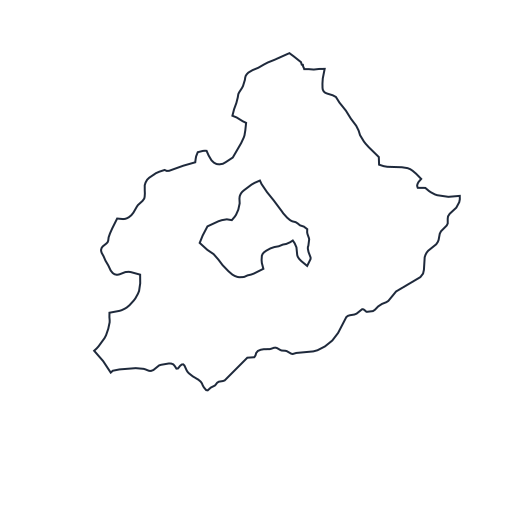 Selenge, Mercator projection, rotated 134°
{"feature_id": "MNG-3326", "entity_name": "Selenge", "entity_type": "Province", "adm_level": 1, "iso_a3": "MNG", "parent_name": "Mongolia", "parent_adm1": "", "projection": "mercator", "projection_center": [106.313, 49.491], "detail": "fine", "context": "isolated", "style": "outline", "palette": "slate", "viewbox_px": 512, "rotation_deg": 134, "n_neighbors": 0, "source": "natural_earth", "source_scale": "10m", "svg_char_len": 4311}
<svg xmlns="http://www.w3.org/2000/svg" viewBox="0 0 512 512"><g transform="rotate(134 256 256)"><path d="M157.0,123.1L184.2,130.6L196.4,129.6L198.8,130.2L203.0,132.1L207.4,133.1L212.1,133.1L214.4,133.6L219.2,137.5L219.5,138.4L219.5,139.7L219.6,141.0L220.0,142.1L220.6,142.7L227.6,143.6L229.8,144.6L233.4,147.3L235.2,148.3L237.2,148.6L254.3,143.5L263.8,142.4L273.2,143.6L281.1,146.3L284.8,148.5L297.8,159.7L301.0,161.5L301.8,162.8L303.1,167.9L303.9,169.2L305.6,171.2L306.3,172.1L306.8,173.5L307.6,176.8L308.3,178.2L309.5,179.3L312.1,180.6L313.4,181.4L317.7,185.7L320.2,187.5L323.0,188.7L325.6,188.5L327.9,187.3L330.0,186.9L335.2,191.6L367.2,192.1L368.5,192.7L369.0,193.0L372.2,195.4L374.1,195.9L376.8,195.6L377.8,195.6L382.0,197.1L386.2,197.4L387.1,198.7L386.7,202.3L386.0,204.6L385.2,206.4L384.8,208.5L385.0,211.4L386.5,217.9L387.0,222.9L386.9,224.6L386.5,226.3L384.5,231.4L384.5,233.1L385.6,234.0L387.6,234.3L391.1,234.0L392.3,235.0L391.6,238.0L391.4,240.2L392.3,242.3L393.8,244.0L400.2,248.7L402.0,249.7L409.3,250.6L411.6,251.7L412.8,253.0L413.6,254.8L414.3,256.6L415.2,258.4L420.2,264.6L432.4,275.4L438.0,279.3L440.8,279.5L437.8,292.9L436.6,306.6L433.2,306.4L430.4,306.5L420.3,307.9L417.2,308.8L411.0,311.7L405.4,315.2L404.0,316.5L401.8,319.0L398.6,322.0L390.3,316.1L388.3,315.0L385.1,313.8L382.9,313.2L379.3,312.8L372.9,313.0L370.4,313.3L365.2,314.7L362.4,315.8L356.1,320.3L349.9,326.4L354.5,334.8L355.8,336.6L358.3,338.8L363.9,341.4L365.6,342.5L366.3,343.2L367.4,345.1L367.8,347.2L367.4,350.4L365.4,355.7L363.9,361.1L362.1,365.4L360.9,369.3L359.9,371.0L359.1,371.8L357.3,372.7L355.5,372.9L350.9,372.3L349.2,372.3L347.6,373.0L344.9,375.0L341.2,376.7L336.0,378.6L325.5,381.9L321.8,377.3L320.3,376.0L318.6,375.1L316.5,374.4L313.3,374.0L310.0,374.3L303.2,376.0L301.4,376.3L295.2,375.9L292.3,376.3L290.8,377.2L288.3,379.3L286.0,381.7L282.4,385.2L279.8,386.5L276.7,387.3L273.9,387.2L265.9,385.5L262.5,384.1L257.6,381.5L256.8,379.3L255.1,377.7L241.5,371.0L230.8,364.8L228.0,366.9L225.9,368.3L221.8,370.0L217.3,367.2L215.7,365.8L214.7,364.6L216.6,359.9L218.1,354.5L218.1,351.2L217.5,349.0L217.0,347.9L215.5,346.0L212.7,343.9L209.7,343.0L201.3,341.1L185.1,345.1L179.3,347.1L177.2,348.1L173.0,351.0L167.1,355.6L168.3,359.2L169.8,366.2L171.5,370.4L165.7,373.7L159.6,376.4L154.7,379.2L151.8,381.2L150.0,381.8L144.9,382.8L142.8,383.4L137.1,386.3L135.0,387.8L133.4,388.6L131.5,388.9L129.4,388.9L124.7,387.6L119.0,385.1L112.7,383.3L108.5,381.9L102.3,379.1L86.9,372.9L86.2,367.7L85.3,358.3L86.6,356.0L85.9,355.1L86.9,353.8L87.6,352.0L88.1,351.1L84.8,347.7L81.8,344.0L77.7,340.6L73.7,336.6L81.9,331.3L85.9,327.9L88.8,325.0L89.9,323.6L90.6,321.6L90.5,319.6L89.7,317.6L87.1,312.5L86.1,309.0L87.7,302.5L89.0,292.3L91.3,283.2L92.7,274.4L94.5,269.3L96.8,265.1L98.7,257.9L99.1,255.0L99.4,250.5L99.5,236.4L104.8,230.9L102.7,226.6L100.6,223.5L90.8,212.7L87.5,208.0L86.4,205.3L85.9,202.5L85.6,198.1L85.8,190.7L89.8,190.5L91.6,190.0L93.2,189.2L94.0,188.2L94.6,187.0L89.4,181.5L89.1,176.8L88.7,174.5L87.4,170.0L86.4,167.9L79.8,158.7L71.2,151.2L73.6,148.8L76.1,147.2L82.1,145.5L91.1,146.0L94.1,145.4L96.0,144.0L99.4,140.7L101.6,140.0L109.7,140.1L112.3,139.3L117.6,135.8L119.6,135.0L122.4,134.5L132.6,135.8L135.0,135.6L137.4,134.9L139.7,133.8L149.3,125.6L152.6,123.6L157.0,123.1ZM247.8,252.8L245.0,252.3L240.5,250.9L236.8,249.0L233.2,246.4L229.1,244.6L226.3,242.6L222.4,241.0L219.3,240.3L220.0,237.0L221.7,232.9L226.7,227.0L227.4,225.7L227.7,224.8L228.1,222.9L228.2,219.9L227.6,212.3L220.4,214.6L219.5,215.3L219.1,215.8L216.7,220.9L214.8,223.7L213.5,224.9L212.2,225.5L207.1,229.3L206.4,230.3L204.4,234.3L203.4,235.7L201.1,237.8L201.6,242.0L203.4,245.7L203.6,248.5L204.1,251.0L205.8,253.9L206.3,255.4L206.6,256.9L206.6,257.2L206.8,260.3L206.4,266.0L205.9,268.5L203.7,282.0L202.4,292.5L200.4,302.0L199.0,305.6L204.3,307.8L207.7,308.8L217.1,310.3L219.3,310.5L221.4,310.3L223.5,309.6L224.5,309.1L226.2,307.8L229.5,304.3L235.0,300.9L240.2,299.0L242.4,298.6L247.0,298.3L249.9,302.5L254.0,305.5L257.0,307.1L268.4,311.5L278.3,308.6L285.7,305.6L285.4,295.3L284.1,287.8L284.7,280.6L285.8,273.7L286.1,265.2L285.8,260.1L285.1,257.4L284.0,254.9L282.9,253.3L280.5,251.0L279.1,249.9L275.8,248.6L272.9,246.7L270.3,245.4L260.1,241.8L257.0,246.9L255.0,249.2L251.7,252.0L249.8,252.7L247.8,252.8Z" fill="none" stroke="#1e293b" stroke-width="2"/></g></svg>